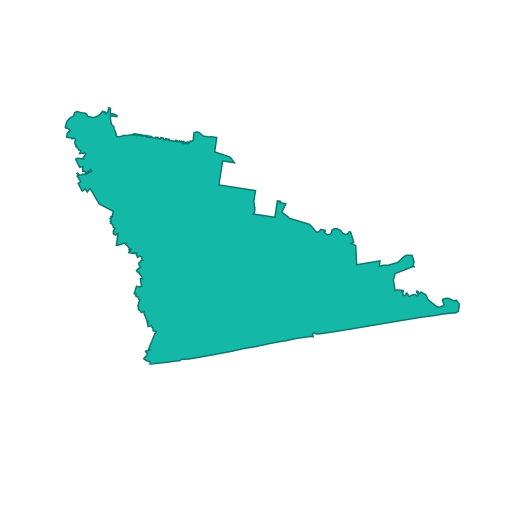 Cárdenas, Tabasco, Mexico (orthographic projection), rotated 189°
{"feature_id": "50627088B51271489460916", "entity_name": "Cárdenas", "entity_type": "district", "adm_level": 2, "iso_a3": "MEX", "parent_name": "Mexico", "parent_adm1": "Tabasco", "projection": "orthographic", "projection_center": [-93.625, 18.169], "detail": "fine", "context": "isolated", "style": "filled", "palette": "teal", "viewbox_px": 512, "rotation_deg": 189, "n_neighbors": 0, "source": "geoboundaries", "source_scale": "gbopen_adm2", "svg_char_len": 6102}
<svg xmlns="http://www.w3.org/2000/svg" viewBox="0 0 512 512"><g transform="rotate(189 256 256)"><path d="M464.3,352.8L461.4,352.5L459.6,351.4L459.3,350.9L459.7,350.9L461.6,347.4L461.6,343.7L456.2,343.7L456.2,343.0L455.6,343.0L454.6,343.7L453.3,343.7L452.5,342.3L452.8,339.6L452.1,338.1L450.8,337.3L451.2,336.1L449.9,335.7L449.2,334.4L448.3,334.0L447.7,333.0L445.7,332.8L445.7,331.5L446.3,329.6L441.7,330.7L441.6,331.3L440.0,330.1L442.0,326.2L441.3,324.8L445.4,324.9L448.1,324.4L449.3,323.4L444.0,315.9L441.1,317.3L440.4,312.6L438.3,312.7L436.9,311.1L432.7,315.6L431.4,314.2L437.4,309.6L437.8,310.1L439.1,309.6L440.0,309.8L441.0,308.7L442.3,308.4L443.3,308.6L445.2,310.0L445.8,309.5L444.1,307.7L445.1,306.9L440.7,302.0L442.9,299.7L437.8,292.9L435.1,295.4L432.6,292.8L431.0,296.2L430.3,296.6L418.9,282.8L404.6,278.0L403.8,277.5L404.3,275.3L403.8,274.7L404.3,273.6L404.0,272.8L405.2,272.3L404.4,271.7L405.6,270.9L405.9,270.2L405.2,270.4L404.6,268.7L405.3,267.7L404.7,267.4L405.0,266.8L404.6,266.7L404.8,265.7L402.4,264.5L401.5,262.2L399.7,261.3L400.7,258.5L400.8,257.9L400.2,257.8L400.6,256.0L399.8,255.3L398.5,255.1L397.9,254.6L395.7,256.7L395.6,244.7L393.9,245.0L389.4,247.5L386.3,248.2L386.5,247.0L384.6,245.9L382.1,243.6L381.0,243.6L381.1,243.3L380.4,242.9L380.6,242.4L380.1,241.9L381.4,242.6L381.5,242.0L382.2,242.1L381.5,240.9L381.9,240.9L382.2,239.4L378.3,239.3L377.6,239.9L376.7,239.3L376.2,240.1L375.8,239.9L375.4,240.5L374.5,239.8L374.2,240.0L374.0,239.3L374.4,238.8L374.2,238.4L374.0,238.7L372.8,236.1L370.5,237.9L368.8,236.9L368.7,235.7L367.2,234.3L369.2,232.9L369.0,232.5L370.5,230.8L370.6,229.6L368.2,226.9L370.5,224.9L371.8,222.8L370.7,221.8L368.9,221.1L368.3,220.2L365.6,217.9L364.9,216.6L364.5,215.7L366.7,215.7L365.1,210.4L364.0,208.3L366.7,207.1L369.3,207.4L370.4,199.7L368.8,199.8L368.6,197.9L367.8,197.1L366.7,197.4L365.6,196.6L365.1,195.0L364.0,194.8L364.8,188.0L364.5,187.9L363.7,184.6L362.2,184.3L360.6,182.2L357.8,183.7L357.7,182.1L353.0,173.9L352.5,174.2L352.3,173.2L352.9,173.0L351.5,169.5L348.2,170.8L347.4,168.9L346.5,169.0L345.9,166.0L342.9,165.9L342.7,165.5L342.8,164.3L343.6,163.7L347.6,146.8L346.2,146.5L350.8,144.4L350.2,144.4L347.7,142.3L349.0,139.4L349.9,138.7L350.8,136.9L347.8,135.4L343.9,134.8L343.7,132.7L329.5,136.5L322.9,138.4L321.5,139.1L314.8,140.7L313.3,142.7L311.4,142.6L306.0,143.8L295.8,147.2L263.1,158.8L261.8,159.6L259.8,160.1L254.7,162.3L239.7,167.3L238.0,168.3L236.1,168.7L229.8,171.3L215.2,176.5L214.0,176.6L203.6,180.8L190.1,184.9L186.8,185.2L187.9,187.9L187.0,188.8L185.5,189.5L184.7,189.0L184.6,188.4L181.6,188.9L163.0,194.7L83.0,221.5L70.4,225.1L61.7,228.1L52.1,230.7L50.6,230.8L48.9,231.6L48.6,232.4L47.4,233.0L47.6,240.3L51.2,243.6L53.7,242.6L58.3,244.1L60.1,244.2L62.0,243.8L64.8,242.5L64.8,240.9L62.8,237.8L62.7,236.9L65.2,234.8L67.9,233.9L70.7,234.9L78.9,239.6L80.1,240.8L81.5,243.5L82.4,244.4L85.6,245.4L86.3,246.1L87.4,246.1L88.4,244.6L89.3,245.0L91.0,246.5L91.9,246.3L91.8,245.3L90.1,244.0L89.9,242.5L90.6,242.0L93.2,242.9L93.7,242.7L95.9,241.8L98.2,240.0L98.7,240.1L101.1,243.0L101.9,242.6L102.3,240.7L103.7,240.1L104.5,240.2L105.0,241.2L105.2,242.9L106.4,243.9L106.2,244.3L104.9,244.2L105.3,245.0L111.1,244.6L113.1,243.5L116.6,253.7L115.9,260.3L99.9,269.8L97.4,270.2L99.4,270.5L98.9,274.8L101.9,281.0L107.2,280.4L109.5,278.8L115.0,271.8L123.9,267.6L129.0,266.7L132.5,265.0L132.8,270.6L155.2,263.1L159.2,282.0L164.3,283.1L161.6,284.9L166.1,294.1L166.8,294.7L167.9,294.3L167.9,293.9L169.5,291.8L171.3,291.3L173.6,291.8L176.7,294.6L180.7,295.7L182.8,295.2L185.0,293.6L185.2,290.3L186.9,288.4L189.9,288.6L191.8,289.5L192.4,290.1L191.3,291.0L191.5,291.6L191.8,292.2L193.1,292.3L196.1,292.4L197.9,289.6L200.2,289.0L204.4,292.9L208.5,295.7L229.5,298.6L230.7,299.9L237.4,303.2L234.7,312.2L240.8,312.5L240.5,313.8L243.5,313.9L243.4,297.2L265.2,297.1L264.5,298.6L264.3,301.1L264.8,303.9L265.8,305.9L266.0,308.0L266.7,308.6L266.7,320.5L303.8,320.4L303.8,344.7L292.0,344.7L296.1,348.8L297.5,349.7L313.1,352.4L313.3,366.9L318.9,366.8L321.5,366.1L324.0,366.3L326.1,366.1L327.4,366.5L331.0,368.8L333.1,369.3L334.6,369.1L336.2,368.2L336.5,367.7L336.2,360.3L337.1,359.3L338.3,359.4L339.1,359.0L339.5,357.9L340.4,357.2L340.8,355.7L341.0,357.7L341.5,357.8L341.6,356.5L342.0,356.5L341.6,357.8L342.5,357.3L342.5,356.8L343.5,355.9L343.9,356.0L343.9,356.5L344.5,356.1L344.5,356.4L345.0,356.3L345.0,357.8L345.3,357.8L345.3,355.9L345.7,355.9L345.7,356.5L346.2,356.5L346.2,357.7L346.6,357.7L346.6,356.5L347.0,356.5L347.0,357.7L347.7,357.7L347.7,357.2L348.0,357.2L348.5,357.2L348.6,357.7L348.6,356.8L349.4,356.7L349.4,357.7L349.8,357.7L350.0,356.7L351.9,356.8L351.9,357.7L352.6,357.7L352.7,356.3L352.9,357.7L353.4,357.7L353.4,356.6L359.6,356.8L359.6,356.4L360.2,356.5L360.2,357.7L363.5,357.7L363.4,356.4L365.6,356.7L365.7,357.9L368.9,358.0L369.0,356.6L371.2,356.7L371.2,357.7L373.5,357.7L373.6,356.6L374.3,356.6L377.1,356.7L377.1,357.1L378.1,357.1L378.1,357.7L379.6,357.7L379.5,356.4L381.3,356.6L381.4,357.8L381.7,357.8L381.7,356.6L382.0,356.6L382.0,357.8L382.3,357.8L382.3,356.6L382.7,356.7L382.7,357.7L383.5,357.7L383.4,357.0L383.8,356.9L384.0,357.7L385.5,357.7L385.6,357.1L386.8,357.4L387.1,357.0L387.4,357.7L388.5,357.7L388.2,356.9L388.4,356.9L389.0,357.7L388.5,356.9L389.2,356.8L390.0,357.7L390.5,357.7L389.7,356.2L390.4,357.1L391.6,357.6L391.0,357.2L392.0,356.4L392.1,357.7L393.9,357.7L394.1,356.7L394.4,356.8L394.3,357.7L395.3,357.7L396.2,357.2L395.9,355.6L396.3,357.0L396.7,357.0L397.8,356.1L399.5,355.8L402.0,354.8L405.6,354.5L407.1,353.4L410.3,352.1L412.4,352.2L413.9,356.0L416.2,359.4L416.6,361.5L419.2,363.1L419.4,364.1L420.2,365.4L420.7,367.5L421.7,369.3L421.7,371.7L415.2,371.8L415.4,373.1L418.9,374.0L422.2,373.7L422.8,379.1L424.9,379.3L424.5,377.0L425.1,375.0L426.2,373.1L426.5,372.9L427.8,374.8L428.1,374.0L430.1,375.0L431.8,372.1L433.7,369.8L437.5,367.5L438.7,367.2L443.7,367.6L444.3,367.8L445.3,369.3L447.3,370.4L450.3,370.1L455.0,370.7L456.1,370.5L456.2,370.0L457.4,369.3L457.8,368.2L457.9,366.2L458.4,365.4L461.2,363.4L463.5,360.0L464.2,357.7L464.1,356.1L464.6,354.1L464.3,352.8Z" fill="#14b8a6" stroke="#0f766e" stroke-width="1.5"/></g></svg>